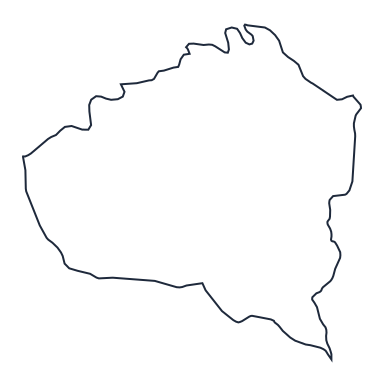 the border of Kunduz
{"feature_id": "AFG-1763", "entity_name": "Kunduz", "entity_type": "Province", "adm_level": 1, "iso_a3": "AFG", "parent_name": "Afghanistan", "parent_adm1": "", "projection": "orthographic", "projection_center": [68.869, 36.818], "detail": "fine", "context": "isolated", "style": "outline", "palette": "slate", "viewbox_px": 384, "rotation_deg": 0, "n_neighbors": 0, "source": "natural_earth", "source_scale": "10m", "svg_char_len": 2542}
<svg xmlns="http://www.w3.org/2000/svg" viewBox="0 0 384 384"><path d="M336.9,99.8L342.0,99.3L347.1,96.8L353.0,95.5L353.4,96.6L360.5,104.7L360.8,106.2L361.0,108.2L356.2,114.5L355.6,115.8L353.9,123.3L353.9,126.3L354.3,129.4L355.1,133.6L355.2,136.3L352.4,181.4L349.4,190.4L346.6,193.8L345.7,194.4L345.0,194.7L333.1,196.1L329.7,199.9L329.4,201.1L329.2,203.3L330.2,209.9L330.0,216.7L329.6,218.8L327.9,221.0L327.5,221.6L327.4,222.6L327.6,224.0L327.8,224.6L330.1,228.6L331.2,231.7L331.5,234.3L331.5,236.6L331.0,239.5L331.4,240.7L332.3,241.3L333.6,241.5L334.1,241.7L334.8,242.1L335.4,242.9L337.1,245.6L340.2,252.2L340.4,255.2L340.1,257.9L335.2,268.8L333.3,275.9L332.4,278.1L331.4,279.8L330.3,281.2L323.0,287.2L322.3,288.1L321.8,289.0L321.5,289.9L321.2,290.6L320.6,291.3L319.5,292.1L316.4,293.3L312.4,297.2L312.2,298.2L312.2,299.6L314.4,302.7L317.0,307.2L319.9,318.8L323.1,324.3L325.5,327.3L326.3,329.8L326.5,332.7L326.1,335.9L326.3,340.2L327.3,343.6L329.6,348.3L330.7,351.7L331.4,354.2L331.4,359.4L327.8,354.2L326.8,352.5L325.6,350.7L323.5,349.2L320.3,347.7L310.4,345.2L305.7,344.5L295.2,340.7L290.2,337.5L282.8,330.9L279.6,326.8L277.9,324.9L274.8,322.5L274.5,322.1L274.2,321.5L273.9,320.8L270.8,319.4L258.4,317.0L252.0,315.8L250.7,316.0L249.3,316.6L242.1,321.1L240.2,321.9L238.4,322.4L236.1,321.7L233.3,320.1L222.0,311.1L205.6,290.3L202.4,283.2L186.5,285.5L182.3,287.0L179.7,287.4L176.7,287.2L154.8,280.9L112.7,277.7L98.9,278.4L96.5,277.6L90.1,273.8L77.6,270.8L69.2,268.3L64.6,263.6L62.7,256.0L61.0,252.5L57.5,247.6L52.4,242.7L48.2,239.6L46.6,237.8L39.8,225.5L26.2,191.3L25.8,188.7L25.4,170.2L23.0,156.8L23.1,156.4L25.1,156.5L28.2,155.2L30.9,153.5L48.0,139.0L51.2,137.0L56.0,135.0L60.1,130.8L64.9,126.9L71.6,126.0L82.2,129.6L88.3,129.7L91.1,125.1L89.4,111.5L89.2,105.0L91.2,99.7L96.1,96.2L101.1,96.6L106.0,98.6L111.1,99.8L117.8,99.2L122.8,96.6L124.5,91.8L120.9,84.3L136.8,83.2L149.0,80.4L151.7,80.2L154.0,78.9L157.6,72.7L158.8,71.3L163.9,70.6L173.5,67.6L178.2,66.9L179.2,64.5L180.6,59.3L183.8,54.7L189.6,53.8L188.1,49.9L187.4,48.5L186.1,47.2L189.0,43.8L193.6,43.6L203.6,45.0L208.9,44.5L212.2,44.8L215.2,46.3L224.7,52.4L227.8,52.7L228.9,49.5L228.2,42.7L225.2,33.0L226.1,29.3L231.7,27.5L237.1,28.8L240.0,33.0L242.3,38.1L245.7,42.7L249.4,44.4L252.2,43.6L253.6,40.7L252.7,36.1L251.5,34.7L247.3,31.6L245.7,29.5L244.3,25.7L245.0,24.6L246.5,24.9L247.4,25.3L264.9,27.5L270.0,30.3L275.1,35.1L279.1,40.7L282.9,52.4L288.0,57.0L293.9,60.9L298.5,64.8L303.1,76.2L305.5,78.9L311.2,82.8L312.5,83.4L336.9,99.8Z" fill="none" stroke="#1e293b" stroke-width="2"/></svg>